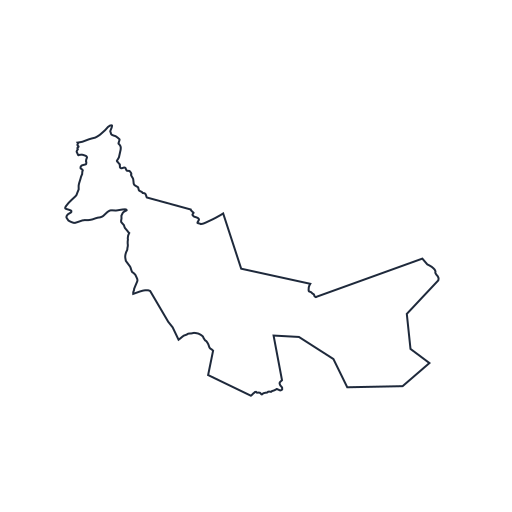 outline of San Nicolas, Santa Bárbara, Honduras, rotated 247°
{"feature_id": "27666195B96632165697082", "entity_name": "San Nicolas", "entity_type": "district", "adm_level": 2, "iso_a3": "HND", "parent_name": "Honduras", "parent_adm1": "Santa Bárbara", "projection": "equal_earth", "projection_center": [-88.328, 14.902], "detail": "fine", "context": "isolated", "style": "outline", "palette": "slate", "viewbox_px": 512, "rotation_deg": 247, "n_neighbors": 0, "source": "geoboundaries", "source_scale": "gbopen_adm2", "svg_char_len": 6134}
<svg xmlns="http://www.w3.org/2000/svg" viewBox="0 0 512 512"><g transform="rotate(247 256 256)"><path d="M188.6,408.1L194.8,296.1L194.7,295.4L194.8,295.1L194.9,294.8L195.7,294.4L196.5,294.1L197.6,294.3L198.1,294.2L198.4,294.1L199.2,293.4L201.1,292.6L202.7,291.0L203.1,290.9L204.1,291.1L206.5,292.3L208.0,293.6L209.2,295.1L250.1,237.4L308.0,242.4L307.5,239.2L306.9,233.5L306.7,230.6L306.4,222.8L306.4,220.9L306.5,219.7L306.8,218.3L307.0,217.6L307.6,217.1L309.0,215.3L309.3,215.1L309.6,215.2L309.9,215.4L311.6,217.6L311.8,217.7L312.4,217.8L313.1,217.6L313.7,217.3L314.9,216.2L316.3,214.5L317.0,214.1L318.0,213.7L318.5,213.6L318.9,213.7L319.3,214.1L319.8,215.0L320.2,215.4L320.5,215.3L321.5,214.8L323.0,214.2L323.8,214.0L324.3,214.1L352.5,178.4L353.4,178.3L354.6,178.5L356.0,178.5L356.4,178.4L357.3,177.9L358.3,176.3L359.0,176.1L359.6,175.9L360.9,174.7L361.9,174.0L362.5,173.9L365.2,174.3L365.5,174.2L366.7,173.3L368.2,172.2L368.8,171.9L369.3,171.7L369.8,171.7L370.4,171.7L373.4,172.6L374.8,173.0L375.8,173.0L377.9,172.7L379.1,172.6L379.6,172.7L380.0,173.2L380.5,173.4L381.5,173.4L382.7,173.1L383.6,172.8L383.8,172.6L384.0,172.3L384.4,171.4L384.9,170.6L385.1,170.4L385.5,170.3L386.5,170.2L388.0,170.2L388.6,169.8L388.8,169.5L389.0,169.1L389.1,167.6L389.3,166.5L389.6,166.0L390.0,165.7L390.5,165.5L391.2,165.5L391.9,165.9L392.7,166.0L393.1,166.3L393.5,166.4L394.2,166.2L395.0,165.8L396.0,165.7L396.9,165.2L397.5,165.1L397.9,165.1L398.2,165.4L399.0,166.6L399.7,167.5L400.4,168.4L401.1,168.9L406.7,172.9L407.8,173.5L409.0,174.0L409.9,174.1L410.6,174.1L412.1,173.8L412.9,173.4L413.3,173.4L413.8,173.7L416.1,175.7L416.5,175.9L416.9,175.9L418.8,175.0L420.7,173.9L421.4,173.3L422.5,172.0L423.7,170.8L424.4,170.4L425.1,170.3L426.4,170.5L427.5,170.5L427.9,170.7L428.4,171.1L430.4,173.1L431.0,173.6L432.0,174.3L432.3,174.4L432.6,174.3L432.7,174.1L432.8,173.9L433.1,172.6L433.0,172.0L432.8,171.1L432.7,170.6L432.6,170.1L432.2,169.3L430.8,166.3L429.6,162.8L428.8,160.4L428.5,159.4L428.2,157.7L428.0,156.5L427.9,155.3L427.8,154.4L427.9,153.6L428.4,150.5L428.7,147.8L429.0,140.8L429.6,138.0L430.1,136.1L429.7,136.2L429.3,136.1L429.0,136.0L428.5,135.3L428.0,135.0L427.2,135.0L426.6,135.4L426.0,135.4L425.7,135.1L425.4,134.0L425.3,133.9L425.0,133.7L424.1,133.7L423.7,133.6L423.5,133.1L422.8,132.2L422.2,131.7L421.5,131.6L420.3,131.7L418.9,131.7L418.3,131.8L418.1,132.0L418.1,132.9L417.7,134.2L417.4,135.1L417.0,135.8L416.3,136.7L415.2,137.9L414.5,138.6L413.9,138.9L413.3,139.0L412.7,138.9L411.2,137.5L409.8,136.6L409.6,136.5L408.7,136.5L407.7,136.0L407.1,135.6L407.0,135.4L406.9,135.0L407.0,134.3L407.3,132.3L407.4,131.4L407.4,130.9L407.2,130.4L407.0,130.0L406.8,129.6L406.5,129.4L405.9,129.0L405.2,128.8L404.8,129.0L403.4,129.9L402.8,130.0L402.3,129.9L402.1,129.7L401.9,129.3L399.2,127.9L398.5,127.1L397.3,125.9L395.5,124.5L392.2,121.7L391.1,120.9L390.0,120.2L388.3,119.5L386.6,118.8L384.0,116.2L382.3,114.6L382.0,114.1L381.5,113.1L379.6,107.9L378.2,104.4L376.4,101.0L375.8,100.1L375.3,99.5L375.0,99.3L374.7,99.1L374.3,99.1L374.0,99.2L373.3,99.9L371.4,102.2L370.6,103.0L370.0,103.5L369.6,103.6L369.3,103.5L368.7,103.2L368.4,102.7L367.9,99.3L367.5,98.4L367.0,97.6L366.4,97.0L365.6,96.6L365.0,96.6L363.9,96.8L361.9,97.2L361.4,97.6L360.4,98.4L359.4,99.3L358.2,100.6L357.6,101.4L357.2,102.4L357.1,103.4L356.9,105.6L356.6,109.8L356.5,110.5L356.2,111.4L356.0,112.3L354.5,115.8L354.0,117.7L353.6,119.7L353.4,122.9L353.1,125.4L352.5,127.5L352.4,128.9L352.4,130.0L352.6,131.1L354.0,134.9L354.6,136.6L354.9,138.5L354.9,139.1L354.9,139.6L354.7,140.4L354.2,141.5L353.6,142.8L352.8,144.3L352.5,145.1L352.2,146.2L351.7,148.3L351.3,150.0L350.9,151.5L350.4,153.0L350.1,153.7L349.8,154.3L349.5,154.6L349.2,154.8L348.9,154.8L348.7,154.8L348.6,154.6L348.5,153.9L348.4,152.1L348.2,151.4L347.9,150.5L347.5,149.9L345.8,148.0L345.6,147.8L345.0,147.6L343.0,146.8L341.5,145.8L340.4,145.3L340.0,145.2L339.5,145.3L335.9,146.5L334.6,146.3L333.0,146.3L329.5,147.4L327.8,147.8L326.7,148.3L325.7,147.2L324.9,146.4L324.3,146.0L322.8,145.1L322.2,144.8L321.3,144.6L319.4,143.5L317.5,142.7L316.4,142.4L315.7,142.1L314.8,141.6L313.5,140.7L312.3,140.1L311.7,139.6L310.6,138.3L310.0,137.7L308.5,136.5L307.4,135.8L306.4,135.3L305.2,134.9L303.8,134.6L302.5,134.3L301.8,134.4L295.7,135.9L294.6,136.0L291.3,135.7L289.8,135.7L289.3,135.9L288.6,136.4L288.1,136.7L286.1,137.5L285.7,137.6L282.7,137.7L281.2,137.7L280.4,137.5L279.6,137.2L278.7,136.4L275.4,133.0L273.4,131.0L272.3,130.4L270.7,128.9L269.9,128.5L269.1,128.2L268.7,135.2L268.3,138.4L268.0,139.7L267.7,140.8L267.1,142.2L266.4,143.6L265.5,144.5L265.1,144.9L229.7,149.5L222.9,151.4L209.2,152.0L209.6,153.7L210.5,156.7L210.9,158.4L210.8,160.3L210.7,161.6L210.9,162.2L211.0,162.6L210.9,163.4L210.8,164.0L209.9,166.5L209.6,168.4L209.4,169.0L209.1,169.6L208.3,170.9L207.2,172.5L206.1,173.5L204.8,174.5L203.1,175.5L202.4,175.7L200.9,175.7L198.6,176.1L198.2,176.2L197.5,176.7L197.0,177.0L195.7,177.3L194.5,177.5L193.2,177.6L190.4,177.4L189.4,177.5L188.6,177.8L187.6,178.5L187.0,178.9L185.6,179.5L165.1,165.4L129.4,196.7L129.9,198.4L130.2,199.0L130.5,199.7L130.8,200.9L131.1,201.6L131.2,201.9L131.1,202.4L131.0,202.8L130.9,203.0L130.6,203.1L130.1,203.2L129.8,203.5L129.6,204.0L129.2,205.2L128.5,206.2L128.1,206.4L127.3,206.7L126.7,206.9L126.4,207.1L126.3,207.4L126.3,207.7L126.6,208.4L126.7,208.9L126.7,209.8L126.5,210.8L126.4,211.6L126.1,212.3L126.0,212.8L126.0,213.2L126.3,213.9L126.3,214.3L126.1,214.9L125.9,215.4L125.6,216.0L125.2,216.5L125.1,216.8L125.1,217.1L125.3,217.5L125.4,217.9L125.2,220.1L125.3,222.1L125.5,223.1L125.4,223.3L125.0,223.6L123.9,224.7L123.2,225.3L122.9,225.7L122.7,226.1L122.7,226.9L122.8,227.5L122.9,227.9L124.3,228.5L124.7,228.6L125.6,228.4L126.8,228.0L127.4,227.8L128.5,227.8L129.4,227.9L130.0,228.2L130.5,228.8L130.8,229.4L131.2,230.6L131.5,231.4L175.9,241.1L164.7,263.9L130.9,287.0L99.5,288.7L78.9,340.1L89.7,373.8L110.1,361.9L143.8,372.2L162.3,414.2L162.8,414.6L163.8,415.2L164.5,415.4L166.2,415.4L168.5,414.7L170.0,414.5L170.7,414.6L171.4,415.0L171.8,415.2L172.8,415.2L173.8,415.1L175.4,414.5L177.4,413.5L179.7,411.8L181.2,410.5L181.6,410.3L188.6,408.1Z" fill="none" stroke="#1e293b" stroke-width="2"/></g></svg>